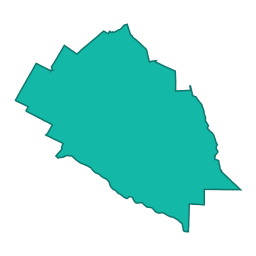 Vanjulet, Mehedinti, Romania
{"feature_id": "2599482B359218317379", "entity_name": "Vanjulet", "entity_type": "district", "adm_level": 2, "iso_a3": "ROU", "parent_name": "Romania", "parent_adm1": "Mehedinti", "projection": "equal_earth", "projection_center": [22.785, 44.428], "detail": "fine", "context": "isolated", "style": "filled", "palette": "teal", "viewbox_px": 256, "rotation_deg": 0, "n_neighbors": 0, "source": "geoboundaries", "source_scale": "gbopen_adm2", "svg_char_len": 5730}
<svg xmlns="http://www.w3.org/2000/svg" viewBox="0 0 256 256"><path d="M188.4,231.7L188.4,229.1L188.7,224.7L188.7,224.0L188.7,222.6L188.7,221.8L188.7,221.1L189.0,214.1L189.1,207.8L189.3,204.2L190.1,204.0L191.0,204.0L193.8,204.3L195.7,204.3L199.0,204.4L201.7,204.7L203.5,204.8L204.3,204.8L204.3,197.7L204.3,195.5L204.3,192.5L204.3,190.8L204.3,189.4L205.1,189.4L210.3,189.4L221.7,189.5L225.6,189.6L228.0,189.6L230.6,189.6L232.8,189.7L235.0,189.6L240.6,189.7L237.3,186.7L236.0,185.3L235.5,185.1L234.7,184.1L233.1,182.9L229.2,179.0L228.2,178.1L227.9,177.7L227.5,177.4L226.7,176.5L226.2,176.3L225.6,175.5L224.4,174.5L223.7,173.8L223.1,173.2L222.8,172.9L222.1,172.5L221.6,172.1L221.1,171.5L221.7,171.0L220.6,169.7L220.0,168.8L219.7,165.7L219.2,164.1L218.6,160.6L217.7,160.2L215.3,159.5L214.9,158.5L214.7,158.3L214.9,157.0L215.1,156.8L215.0,156.4L214.6,155.9L215.2,155.5L215.6,154.9L217.0,153.2L217.7,152.1L217.9,151.6L217.4,150.5L216.4,149.1L216.2,148.3L216.2,147.9L216.2,146.7L216.6,145.8L217.0,145.2L217.4,145.0L217.4,144.8L216.9,143.7L216.1,142.6L215.3,139.8L214.3,136.8L213.8,135.2L213.1,134.3L212.1,132.8L209.6,130.8L209.1,130.2L209.0,129.8L208.5,129.6L208.3,129.2L207.7,129.0L207.5,128.5L207.5,127.9L207.5,127.5L207.7,126.8L208.1,126.3L208.4,126.2L208.5,126.1L208.5,125.9L207.1,123.5L206.5,122.3L205.8,121.9L205.6,121.4L205.6,121.2L205.5,120.8L205.4,119.8L205.5,118.9L205.5,118.0L205.3,116.7L204.0,113.3L204.1,111.8L203.9,111.1L203.3,109.2L202.6,107.3L202.0,105.4L201.6,104.4L200.9,103.5L200.1,102.7L197.7,99.5L196.6,98.1L196.2,97.1L193.5,96.0L193.0,95.9L192.6,95.6L192.4,94.3L191.4,89.9L190.4,85.9L189.9,86.0L190.0,87.1L190.3,88.3L190.4,89.1L190.6,89.6L190.7,90.4L185.1,90.6L175.6,91.0L175.6,90.7L175.6,90.0L175.6,88.4L175.6,85.7L175.7,82.6L175.6,79.2L175.6,78.2L175.5,77.5L175.5,76.4L175.4,75.3L175.4,73.0L175.3,71.6L175.3,71.1L168.6,68.1L167.7,67.7L167.2,67.5L166.9,67.3L166.3,67.2L164.8,66.5L164.3,66.2L163.9,66.0L163.4,65.7L162.4,65.3L161.4,64.8L160.8,64.5L160.2,64.2L158.0,63.1L157.5,62.9L156.9,62.8L156.6,62.6L155.7,62.2L155.3,61.9L156.2,60.7L155.6,60.7L154.4,60.9L154.0,61.1L153.4,61.1L153.2,61.0L152.7,61.0L152.0,61.2L151.6,61.2L149.7,61.9L149.4,62.1L149.3,61.9L149.1,60.8L148.4,57.9L147.5,53.9L146.5,49.8L146.4,49.6L146.2,49.3L145.3,48.4L142.6,45.9L141.9,45.2L140.2,43.6L139.2,42.6L137.1,40.8L136.1,39.9L134.5,38.6L132.4,37.1L132.5,36.7L132.4,36.3L131.7,35.5L131.1,35.0L130.8,34.8L130.5,34.8L129.9,32.6L128.8,29.5L127.9,26.6L127.2,24.3L126.1,24.6L124.9,24.9L124.4,25.1L124.1,25.3L123.8,25.5L123.5,25.8L123.2,26.2L122.6,27.1L120.8,29.0L120.4,29.2L118.9,29.9L118.7,29.9L118.4,30.1L113.7,32.5L113.3,32.4L113.2,32.3L113.0,32.0L112.8,31.8L112.7,31.8L111.4,32.4L111.3,32.5L111.0,32.5L110.8,32.4L110.7,32.3L110.4,31.8L110.1,31.3L109.9,31.2L109.7,31.3L109.5,31.5L108.9,32.5L108.7,33.0L108.4,33.4L108.0,33.4L107.8,33.4L107.6,33.3L107.1,33.1L105.9,32.4L104.3,31.4L103.7,31.1L100.6,33.6L97.3,36.6L93.5,39.7L88.6,43.9L82.7,48.8L81.6,49.7L79.7,51.6L78.9,52.3L77.0,54.0L75.9,53.4L75.5,53.1L74.8,52.7L72.6,51.1L71.5,50.5L71.0,50.1L70.5,49.8L69.8,49.2L69.5,48.9L67.9,47.9L67.3,47.5L66.1,46.7L64.3,45.4L63.3,47.3L60.1,52.7L58.9,54.6L57.8,56.6L56.7,58.6L51.9,66.2L51.4,67.0L52.8,70.4L52.6,70.4L52.0,70.5L50.9,70.1L50.5,70.8L50.5,70.7L43.9,67.3L40.7,65.7L39.1,64.9L38.0,64.3L36.2,63.4L35.4,64.8L35.1,65.4L34.3,66.8L33.3,68.7L27.8,78.2L26.4,80.7L25.1,83.2L24.2,84.5L23.6,85.8L22.7,87.2L20.7,90.8L19.5,92.9L18.3,95.0L17.8,96.0L16.7,98.1L15.7,99.7L15.4,100.1L15.4,100.3L15.7,100.6L16.0,100.8L16.6,101.1L26.4,105.8L28.0,106.7L28.1,107.0L28.0,107.4L27.5,108.3L26.5,109.8L26.2,110.5L26.1,110.8L26.3,111.2L26.5,111.4L29.8,113.0L30.3,113.3L37.1,116.8L38.5,117.6L40.4,118.5L42.5,119.6L43.7,120.3L44.1,120.6L44.9,121.0L45.8,121.4L46.7,121.7L47.3,122.0L48.7,122.8L51.1,124.1L51.9,124.6L52.2,124.8L52.2,125.1L52.1,125.5L51.5,126.4L50.4,128.4L48.3,132.0L47.7,133.2L46.9,134.1L46.2,134.7L45.8,135.0L53.5,138.8L62.7,143.2L63.0,143.4L62.9,143.6L62.9,143.9L62.6,144.5L62.4,145.1L61.9,146.9L61.6,147.5L61.6,147.8L61.6,148.0L61.9,148.5L61.8,148.8L61.7,149.3L61.3,149.8L60.5,150.8L56.6,155.2L55.9,156.0L57.3,157.3L58.3,158.1L58.6,157.9L59.3,157.5L60.3,157.4L61.3,157.4L62.6,157.3L63.8,156.9L65.0,156.3L65.5,155.9L66.0,155.7L66.9,155.5L67.9,155.6L69.2,155.8L70.3,155.9L71.0,155.9L71.6,156.0L71.8,156.0L72.1,156.1L72.9,156.9L74.7,158.6L76.4,160.1L77.9,161.2L80.3,162.9L82.3,163.7L85.9,165.2L87.9,166.1L89.8,167.3L90.6,167.7L91.1,167.9L91.4,168.3L92.4,169.9L93.5,171.0L95.5,172.8L97.6,173.5L98.1,173.8L100.2,175.0L100.8,175.9L102.3,177.0L104.7,178.4L105.0,178.4L105.9,178.7L106.2,179.0L106.9,179.6L108.4,181.1L108.8,181.5L109.1,181.8L109.3,182.3L109.5,183.5L110.1,185.4L110.6,186.4L111.3,187.6L112.2,188.4L113.4,189.6L115.1,190.1L115.7,190.6L116.7,191.7L118.0,193.1L118.7,193.7L119.8,193.9L120.1,194.0L120.5,194.3L120.9,194.6L121.4,195.2L121.8,195.5L123.9,197.1L125.5,198.0L126.3,198.4L126.8,198.4L127.2,198.4L127.7,198.3L128.0,197.9L128.4,197.3L129.3,196.8L129.6,196.6L130.2,196.6L131.0,196.8L132.0,197.2L132.4,197.5L132.5,197.7L132.8,198.2L133.3,199.4L134.3,201.1L135.4,202.5L135.9,202.8L136.5,203.1L137.9,203.0L140.5,202.7L142.0,202.8L142.8,203.2L143.9,204.6L145.8,206.2L146.5,206.8L147.3,207.1L151.4,207.7L151.6,207.7L152.0,208.0L152.6,208.4L153.4,209.3L154.2,210.3L155.1,211.3L155.9,211.9L156.9,212.4L158.0,212.9L158.6,213.1L158.9,213.1L160.6,212.9L162.0,212.6L162.3,212.6L165.5,214.1L166.7,214.9L168.5,215.9L170.1,216.5L170.9,216.8L173.7,217.4L176.7,219.3L177.8,219.8L178.6,220.7L179.3,221.2L180.0,222.0L181.0,222.7L181.8,223.4L182.0,223.6L182.2,224.1L182.4,224.9L182.6,226.1L182.8,226.9L183.0,227.4L183.2,228.9L183.3,230.4L183.6,230.8L184.7,231.4L185.6,231.6L187.2,231.7L187.9,231.6L188.4,231.7Z" fill="#14b8a6" stroke="#0f766e" stroke-width="1.5"/></svg>